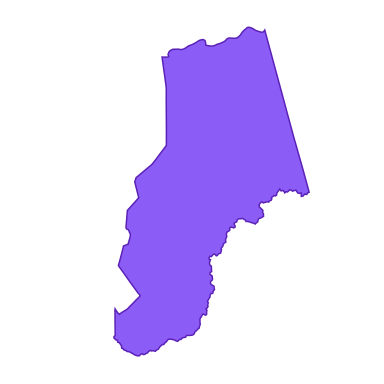 outline of Parnarama, Maranhão, Brazil, rotated 255°
{"feature_id": "56859067B73995611622119", "entity_name": "Parnarama", "entity_type": "district", "adm_level": 2, "iso_a3": "BRA", "parent_name": "Brazil", "parent_adm1": "Maranhão", "projection": "albers", "projection_center": [-43.582, -5.599], "detail": "fine", "context": "isolated", "style": "filled", "palette": "violet", "viewbox_px": 384, "rotation_deg": 255, "n_neighbors": 0, "source": "geoboundaries", "source_scale": "gbopen_adm2", "svg_char_len": 4565}
<svg xmlns="http://www.w3.org/2000/svg" viewBox="0 0 384 384"><g transform="rotate(255 192 192)"><path d="M146.7,242.0L146.1,243.2L144.7,244.8L145.4,245.9L146.1,247.7L147.5,248.4L148.7,249.2L149.1,250.4L149.1,252.0L150.0,254.8L151.2,255.0L152.2,255.4L153.8,254.9L155.8,255.7L158.1,254.5L160.1,253.2L162.1,253.5L163.4,254.7L164.0,255.9L164.4,256.9L163.0,258.1L163.1,262.2L162.4,263.5L163.3,264.4L163.6,266.5L164.7,267.3L166.1,267.3L166.7,269.0L167.3,270.4L166.6,271.7L167.2,273.0L168.5,273.3L169.9,274.7L170.9,276.1L172.1,277.5L170.0,278.3L169.9,280.3L168.7,281.0L167.1,281.4L168.0,283.0L167.3,284.2L168.1,285.8L168.9,286.8L167.9,288.5L166.7,289.4L167.0,290.8L166.8,292.9L165.3,293.3L163.6,294.0L162.9,295.1L162.7,297.3L159.5,296.4L159.3,298.0L159.8,298.9L160.8,300.4L159.9,302.2L161.3,303.6L161.4,305.1L166.2,305.1L186.4,305.0L212.2,304.6L216.8,304.5L244.4,304.4L246.6,304.4L254.8,304.4L288.9,304.3L329.6,304.2L328.4,302.8L328.1,301.3L328.4,300.3L331.0,296.1L332.3,294.6L333.8,293.4L335.5,291.3L336.6,289.0L336.5,287.8L335.7,286.4L334.7,284.0L333.2,281.7L331.1,279.3L329.7,276.9L329.2,274.4L329.6,272.3L331.0,268.3L331.2,266.8L330.8,265.3L329.5,263.3L329.0,262.0L328.3,258.3L328.2,254.5L327.7,252.4L327.7,250.5L327.8,248.7L329.2,245.4L330.2,243.4L332.8,243.8L335.0,243.7L336.2,242.5L336.6,241.1L336.6,238.9L336.3,237.4L335.2,234.2L334.3,229.8L334.0,226.3L333.0,223.7L332.5,222.0L332.2,220.7L332.3,219.7L332.5,217.8L333.5,215.9L334.0,213.8L334.8,210.5L334.6,208.9L334.0,207.0L333.0,205.8L331.2,204.5L328.8,204.5L328.6,203.3L330.1,198.0L303.6,194.7L301.4,194.4L298.2,193.8L294.4,192.8L287.5,190.9L282.1,189.5L262.6,184.4L258.0,183.2L251.4,181.4L249.8,181.0L247.7,180.4L246.1,180.0L243.7,179.3L242.7,178.1L238.0,172.1L232.1,164.6L231.5,163.8L229.1,160.5L228.6,159.5L220.4,141.8L218.5,140.6L217.6,140.0L216.6,139.3L215.0,139.3L210.3,139.2L202.4,139.1L200.2,139.0L198.3,136.1L195.6,132.0L192.8,127.7L191.8,126.1L190.9,124.8L184.5,122.5L176.7,119.7L174.6,119.0L173.3,119.2L171.9,120.8L170.3,121.1L168.8,121.2L167.4,121.5L166.3,121.3L165.1,120.8L163.7,120.1L162.5,119.4L161.4,118.6L160.4,118.2L159.6,117.5L158.2,117.0L158.1,115.8L157.9,114.7L157.8,113.4L157.6,111.8L156.1,111.1L154.0,109.9L151.7,108.7L148.0,106.5L146.5,105.7L144.8,104.7L141.2,102.6L140.2,101.9L138.6,102.3L132.1,104.8L125.6,107.2L120.9,108.9L118.7,109.8L117.3,110.3L115.8,110.9L114.4,111.4L112.9,112.0L108.4,113.7L107.4,114.2L106.3,114.8L105.3,115.0L104.4,114.1L103.2,111.9L102.2,110.1L100.6,107.5L99.1,105.0L97.3,101.8L96.7,100.9L96.0,99.9L95.6,98.9L95.1,97.5L94.5,95.5L93.8,93.1L93.2,91.3L92.6,90.2L94.4,89.1L97.2,88.0L99.0,87.5L97.6,86.9L96.3,86.6L95.3,86.4L89.0,84.7L86.3,84.0L81.1,82.7L77.0,81.6L75.0,81.1L73.5,80.8L72.2,79.0L71.0,78.9L69.0,80.1L68.1,81.5L66.1,81.4L65.1,82.9L63.2,83.5L61.7,84.0L59.3,83.7L58.5,84.9L57.0,85.4L56.2,86.9L54.8,87.9L53.8,90.2L53.0,91.1L52.0,91.9L51.3,93.1L50.3,93.6L48.9,95.3L47.9,96.9L47.4,98.7L48.5,100.5L48.7,102.2L47.6,102.8L47.4,104.1L47.9,105.9L48.1,107.5L49.2,108.7L49.5,109.8L49.8,110.9L49.0,111.5L48.9,112.6L48.5,113.9L47.6,115.4L48.5,116.7L48.9,118.8L49.9,119.9L50.7,120.7L51.7,122.6L52.4,124.3L52.0,125.3L53.3,126.8L53.9,128.4L54.9,129.6L55.8,130.8L55.7,132.1L55.2,133.8L54.6,134.9L53.9,136.3L53.1,137.3L52.1,138.3L51.5,139.5L52.2,140.8L52.8,141.7L52.4,143.2L53.6,144.9L53.5,146.8L53.4,148.3L54.7,149.4L54.7,150.5L54.2,151.9L53.7,154.7L53.8,156.2L54.6,157.5L56.4,158.9L56.7,160.0L58.2,162.5L58.5,163.5L60.1,164.4L61.6,165.4L62.6,165.9L63.8,165.9L65.6,166.4L67.0,166.7L68.3,167.7L69.2,168.9L71.2,170.6L71.0,171.6L70.1,172.3L69.5,173.5L70.3,174.6L72.6,175.1L73.7,175.8L75.6,175.3L76.1,176.7L77.4,177.9L78.5,177.8L81.0,179.1L82.2,178.5L84.1,180.2L85.2,181.5L86.1,182.3L87.4,182.6L88.3,183.4L89.1,184.3L88.7,185.7L91.0,187.1L91.9,188.5L93.1,188.5L94.3,188.7L95.5,188.8L96.4,187.8L97.8,186.5L99.7,186.2L101.0,187.3L101.8,188.9L102.7,189.3L103.9,189.5L105.6,189.8L106.6,189.0L108.1,188.0L109.6,188.7L110.0,190.3L115.3,191.5L116.8,190.4L118.8,190.4L121.9,192.3L122.3,191.2L123.9,191.4L125.2,192.6L124.6,194.0L126.2,196.4L126.3,197.6L125.5,198.3L124.1,198.9L124.1,200.0L125.3,201.4L125.5,202.6L125.6,203.9L128.5,205.5L130.2,205.6L131.5,207.6L132.9,208.4L134.2,209.6L134.8,211.7L136.6,211.9L137.6,212.2L138.5,212.9L139.8,214.0L141.4,214.2L142.7,214.4L144.2,215.3L144.6,216.9L145.2,218.5L147.7,219.3L148.0,221.0L146.6,222.8L146.8,224.4L148.0,224.9L149.3,224.4L150.9,224.7L151.4,225.8L151.5,227.3L152.8,228.2L153.7,229.0L154.0,230.6L153.5,232.0L153.5,233.7L151.3,236.1L149.5,236.6L149.1,238.4L146.7,242.0Z" fill="#8b5cf6" stroke="#5b21b6" stroke-width="1.5"/></g></svg>